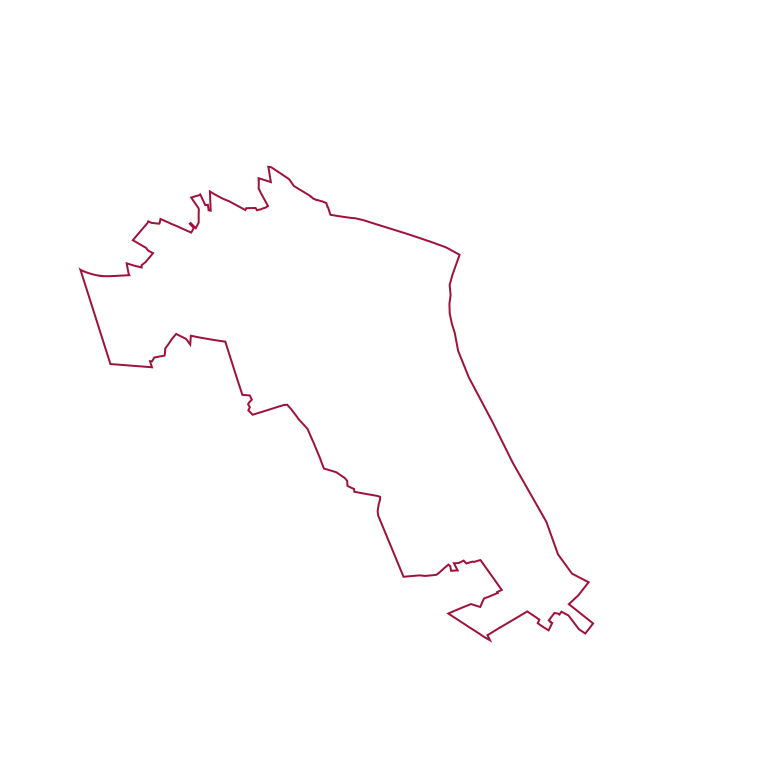 the district of Ogre, Ogre, Latvia, rotated 217°
{"feature_id": "27541924B85046161363388", "entity_name": "Ogre", "entity_type": "district", "adm_level": 2, "iso_a3": "LVA", "parent_name": "Latvia", "parent_adm1": "Ogre", "projection": "equal_earth", "projection_center": [24.619, 56.811], "detail": "fine", "context": "isolated", "style": "outline", "palette": "rose", "viewbox_px": 768, "rotation_deg": 217, "n_neighbors": 0, "source": "geoboundaries", "source_scale": "gbopen_adm2", "svg_char_len": 5499}
<svg xmlns="http://www.w3.org/2000/svg" viewBox="0 0 768 768"><g transform="rotate(217 384 384)"><path d="M614.5,235.3L597.6,246.1L580.7,256.9L579.4,257.7L584.6,261.4L582.9,262.6L583.4,266.9L578.3,272.5L576.4,274.6L577.0,276.0L580.1,280.8L580.1,285.3L580.5,292.5L580.1,298.9L569.3,300.9L562.5,298.9L567.3,306.3L560.4,309.6L557.8,310.9L546.3,316.8L536.2,322.3L507.8,302.1L507.0,301.6L506.8,301.4L490.6,290.1L484.3,294.1L480.1,291.9L480.6,288.4L480.4,286.1L477.1,284.6L476.5,281.3L470.4,280.4L462.7,291.1L455.0,301.9L454.2,303.0L453.4,304.1L452.4,305.4L451.5,306.8L450.1,308.0L448.8,309.2L442.9,308.0L433.3,305.3L431.8,304.7L418.0,302.1L407.4,296.1L405.1,294.9L401.8,292.9L398.2,290.8L395.8,289.4L392.1,287.2L389.4,285.6L388.6,285.0L381.1,280.3L375.6,282.4L371.0,284.1L369.0,284.8L358.5,285.3L355.0,284.4L351.8,280.6L344.7,282.1L342.8,280.1L341.5,280.7L339.6,281.7L337.2,282.9L334.8,284.1L333.5,284.7L327.1,288.0L326.6,288.3L324.7,289.2L323.8,289.7L321.5,290.8L319.2,291.5L318.6,290.8L317.6,289.3L316.9,287.6L315.7,284.2L315.4,284.0L312.6,278.7L309.4,275.4L252.4,241.8L240.4,252.6L235.6,255.5L232.1,258.7L228.6,261.9L227.5,263.0L227.1,263.8L226.8,264.6L226.5,266.1L226.2,267.6L226.1,268.0L226.0,268.4L225.0,273.5L223.9,278.5L222.7,278.4L221.4,278.4L220.9,277.9L218.0,275.2L213.9,278.7L213.0,279.4L220.2,282.9L219.9,283.1L216.8,285.9L216.6,286.1L216.5,286.3L216.1,287.1L215.4,288.3L214.2,290.7L214.1,290.9L210.2,290.2L210.1,290.4L208.1,293.2L206.2,295.6L205.1,296.0L201.1,301.4L200.8,301.4L166.0,290.4L168.4,285.9L167.4,285.5L168.1,284.5L168.3,284.1L168.4,283.9L168.5,283.7L172.5,276.8L173.8,274.9L175.0,273.0L175.0,272.8L175.0,272.7L174.6,270.5L174.0,268.1L173.5,266.2L173.4,265.5L173.1,264.6L173.0,263.9L173.6,263.6L177.2,262.3L181.7,260.7L182.1,260.5L182.6,259.8L183.0,259.1L184.5,256.6L184.8,256.1L185.3,255.3L185.7,254.6L189.3,248.5L190.8,246.0L192.2,243.5L194.1,240.2L194.5,239.4L172.1,240.9L170.7,240.9L169.7,241.0L168.7,241.1L164.2,241.5L159.7,241.8L157.0,242.0L154.2,242.1L153.5,242.2L152.7,242.2L152.4,242.2L152.1,242.2L151.4,242.3L148.2,242.7L145.1,243.1L150.2,245.7L149.7,246.8L148.4,250.1L145.9,256.6L138.4,274.7L136.0,280.5L135.9,280.8L135.1,282.8L134.9,283.3L133.4,286.9L132.7,288.6L128.0,288.8L127.1,288.9L119.1,289.3L118.1,289.3L117.3,285.5L112.8,285.6L112.0,285.7L111.0,285.7L104.3,286.3L105.8,294.3L106.3,294.2L107.4,294.0L107.8,294.0L107.8,294.4L110.1,294.4L110.1,298.1L110.1,303.7L107.0,305.3L105.2,305.4L105.2,309.0L104.1,309.1L98.2,310.0L97.6,310.2L80.5,305.4L73.1,305.9L72.9,316.9L72.9,318.6L98.1,319.3L103.9,319.4L103.1,323.7L102.1,329.6L101.6,331.9L101.3,348.8L119.7,345.7L142.6,352.7L171.3,371.6L233.8,398.6L274.4,418.9L320.4,440.4L344.9,455.2L357.9,467.1L366.1,473.0L373.9,479.8L380.0,487.4L384.4,495.2L391.2,502.6L395.1,512.6L401.4,532.7L416.4,530.5L416.9,530.4L421.8,528.9L422.6,528.7L423.5,528.4L424.6,528.0L425.6,527.7L427.2,527.2L427.5,527.2L428.5,526.9L429.7,526.5L430.8,526.1L432.0,525.8L433.1,525.4L433.7,525.3L435.1,524.7L438.4,523.7L439.1,523.4L443.4,522.0L455.1,518.1L465.7,514.3L494.0,504.2L495.9,503.6L499.7,502.2L507.2,498.8L509.6,497.2L516.4,493.4L523.6,489.5L524.0,489.3L524.6,489.0L526.0,488.3L526.4,488.1L528.3,487.0L528.6,486.9L530.4,488.1L534.9,491.4L535.3,491.2L535.5,491.3L539.0,493.8L539.1,493.7L541.2,493.2L542.6,492.9L543.5,492.6L544.0,492.3L544.3,492.1L544.5,492.0L545.0,491.9L545.5,491.7L546.7,491.3L547.9,490.8L548.2,490.7L548.4,490.4L549.2,490.3L549.7,490.0L549.8,490.0L550.5,490.0L550.7,489.8L551.0,489.8L552.0,489.6L552.4,489.4L553.1,489.6L553.3,489.6L553.8,489.6L554.5,489.8L554.9,489.6L555.2,489.5L555.3,489.7L555.5,489.8L555.9,489.8L556.3,489.7L556.7,489.7L559.5,489.5L561.1,489.3L563.5,489.1L569.7,488.4L572.3,488.2L574.7,487.9L575.9,488.1L581.7,490.1L582.8,490.4L584.3,490.4L584.5,490.4L585.0,490.4L585.7,490.3L595.7,489.8L601.9,489.4L603.8,489.3L604.0,489.3L604.6,489.2L605.0,489.0L606.6,488.1L607.1,487.8L606.8,487.6L595.9,477.2L608.0,472.9L606.6,471.3L606.7,471.2L606.3,470.8L604.6,468.6L603.6,467.3L602.5,465.7L601.6,464.5L600.9,464.3L599.8,463.8L598.3,463.0L598.1,462.9L597.5,462.5L584.5,456.7L584.0,456.5L583.8,456.2L584.0,455.7L584.4,454.6L585.0,453.3L585.3,452.8L586.8,450.8L587.2,449.9L587.5,449.3L588.7,448.0L590.1,446.3L590.3,446.4L590.5,446.5L592.5,447.3L596.0,444.5L596.3,444.3L599.8,441.5L599.4,439.5L609.4,438.0L617.9,436.7L623.8,435.1L625.9,434.7L628.3,434.3L628.5,434.3L633.0,433.6L638.9,433.0L626.7,418.1L628.6,417.2L628.8,417.4L632.5,421.1L634.4,419.3L644.2,424.5L644.8,424.7L644.7,424.2L647.4,420.7L650.2,416.9L646.8,415.7L643.5,414.6L642.5,414.3L641.6,414.0L639.8,413.4L638.1,412.8L637.1,412.2L634.6,408.6L629.1,401.3L629.1,401.2L628.1,395.2L628.9,395.3L635.3,396.2L635.5,395.1L629.8,394.1L629.1,389.0L629.1,388.9L633.0,388.0L640.3,386.3L644.2,385.5L649.8,384.0L651.8,383.6L661.8,381.3L660.1,377.6L659.9,376.9L662.4,375.2L663.8,374.5L666.7,372.7L667.5,372.6L670.0,372.1L670.2,371.9L669.9,370.6L669.8,370.2L669.9,367.5L670.8,353.5L671.1,347.9L671.1,347.7L656.1,349.5L652.6,348.6L647.2,349.5L647.2,349.2L647.8,337.7L649.1,333.0L647.7,331.2L654.7,328.2L662.1,325.5L661.4,324.8L654.0,318.1L652.9,317.6L655.2,315.7L657.8,313.5L660.6,311.2L663.5,308.7L666.2,306.5L667.5,305.4L669.1,304.1L671.1,302.6L673.2,301.2L676.0,299.5L675.8,299.5L676.8,298.9L677.0,299.0L678.8,298.0L679.9,297.5L681.0,297.0L681.9,296.6L682.8,296.2L683.9,295.8L684.9,295.4L685.7,295.1L687.5,294.5L689.3,293.9L690.4,293.6L691.5,293.3L693.0,293.0L694.6,292.6L694.9,292.5L695.1,292.5L614.5,235.3Z" fill="none" stroke="#9f1239" stroke-width="2"/></g></svg>